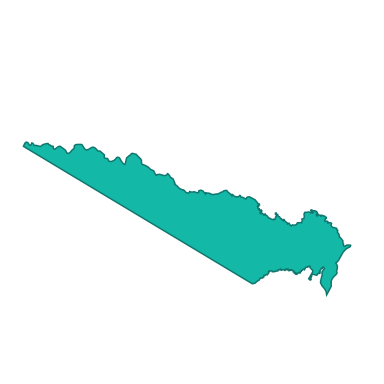 Alenquer, Pará, Brazil (orthographic projection), rotated 301°
{"feature_id": "56859067B11405139062932", "entity_name": "Alenquer", "entity_type": "district", "adm_level": 2, "iso_a3": "BRA", "parent_name": "Brazil", "parent_adm1": "Pará", "projection": "orthographic", "projection_center": [-54.835, -0.309], "detail": "fine", "context": "isolated", "style": "filled", "palette": "teal", "viewbox_px": 384, "rotation_deg": 301, "n_neighbors": 0, "source": "geoboundaries", "source_scale": "gbopen_adm2", "svg_char_len": 6114}
<svg xmlns="http://www.w3.org/2000/svg" viewBox="0 0 384 384"><g transform="rotate(301 192 192)"><path d="M194.2,130.3L194.0,129.6L194.6,128.5L194.7,127.4L195.6,124.8L194.4,120.9L193.6,120.3L191.9,120.1L191.2,119.6L187.5,118.4L181.6,120.3L181.1,120.2L180.8,119.7L181.0,118.0L181.8,116.0L183.5,113.0L183.9,112.0L183.8,110.9L183.3,110.1L182.7,109.7L180.7,109.5L178.6,108.7L176.6,107.2L175.7,105.2L175.7,104.8L177.2,102.3L176.2,100.3L176.2,99.4L176.4,99.0L178.6,97.9L178.9,96.8L179.7,92.0L178.6,90.1L179.3,88.6L179.8,86.2L179.7,84.7L179.2,83.7L178.1,82.8L175.6,81.6L173.7,80.1L173.6,77.9L175.9,73.3L175.8,72.7L174.1,69.8L172.5,67.7L170.8,67.4L168.6,68.5L166.3,67.6L163.0,67.1L161.5,66.3L161.0,64.7L162.7,61.9L163.3,55.5L162.4,54.3L161.8,53.9L158.1,52.4L157.7,51.5L158.0,50.7L159.1,50.0L159.7,49.4L159.1,48.3L159.0,47.5L159.2,46.4L158.8,45.2L159.4,43.6L158.4,42.2L155.9,39.8L153.4,38.9L152.9,38.4L152.0,35.3L151.5,33.9L150.8,33.3L150.7,32.5L151.4,31.6L151.8,30.2L151.5,29.4L149.6,29.7L148.8,29.5L148.5,28.4L149.8,25.8L149.5,24.4L149.0,24.0L147.5,23.6L144.3,24.0L144.4,290.9L145.8,292.6L146.5,293.0L149.9,294.2L151.2,295.0L153.0,294.8L153.7,295.5L154.0,295.4L154.3,296.4L154.8,296.4L155.0,296.9L155.4,296.8L155.9,297.3L157.6,296.6L158.0,297.2L157.8,297.4L158.1,297.7L159.6,298.0L159.7,299.2L161.6,299.5L162.3,299.1L162.6,299.3L163.2,298.6L164.0,299.1L164.1,299.6L164.4,299.7L164.5,299.4L165.2,300.4L165.4,301.3L165.0,301.9L165.7,302.5L165.5,303.7L165.7,303.2L166.6,303.7L166.8,304.0L166.7,304.3L167.7,305.0L168.4,306.0L168.7,305.5L169.1,305.5L169.8,306.4L170.2,306.4L171.1,307.6L170.6,307.8L170.9,308.4L171.4,308.2L171.1,308.8L171.5,308.9L171.8,309.8L172.6,310.4L173.1,311.2L172.5,311.7L172.6,312.1L174.4,312.2L174.6,312.6L174.2,313.4L175.0,313.7L174.5,314.0L175.2,314.6L174.4,315.5L174.8,316.0L175.1,315.5L175.4,315.7L175.7,316.6L176.0,316.3L176.4,317.2L176.3,317.6L176.6,317.6L176.8,318.7L176.4,319.3L175.7,319.1L176.4,319.7L175.7,320.0L175.9,320.5L176.3,320.5L176.2,320.8L175.2,321.3L175.4,321.8L175.9,321.7L176.2,322.1L175.2,322.6L175.4,323.0L175.9,323.0L175.8,323.3L175.0,323.4L175.4,324.3L176.2,324.5L176.8,324.2L177.1,324.8L178.0,325.0L178.3,325.6L178.0,326.0L178.2,326.4L178.5,326.5L179.2,325.9L180.2,326.6L181.3,326.1L181.6,326.8L183.2,327.1L183.2,328.4L184.1,328.3L184.6,328.5L185.5,328.1L186.3,328.5L186.9,329.5L187.6,329.4L188.0,329.9L188.0,330.7L188.3,331.0L188.6,330.7L189.0,330.9L189.2,331.2L187.7,332.8L187.0,335.7L186.5,336.3L185.4,336.6L177.7,336.7L177.5,337.5L178.2,337.8L177.4,338.3L177.4,338.7L178.2,339.2L178.9,338.0L179.4,338.3L179.6,338.0L180.2,338.1L180.6,337.8L181.3,338.0L182.8,337.2L183.1,337.2L183.8,338.2L184.9,341.9L187.1,342.0L188.0,343.4L188.4,343.6L188.7,343.5L188.8,342.5L189.1,342.3L190.0,342.7L190.5,342.0L191.8,342.4L193.1,342.2L193.5,343.1L195.1,342.8L195.3,343.6L194.7,345.0L190.5,344.6L189.6,345.0L189.2,345.6L187.8,346.3L182.2,348.0L180.4,348.9L178.7,351.5L177.0,356.2L176.3,357.4L175.8,358.2L173.1,360.4L173.8,360.4L182.8,359.9L187.2,357.3L188.8,356.9L191.9,357.0L196.0,358.1L197.3,358.0L198.8,356.6L201.0,356.0L203.1,355.0L203.9,354.1L205.3,351.8L207.2,352.6L208.8,352.8L218.2,352.5L222.8,353.5L226.6,355.8L228.0,355.5L227.9,354.8L226.2,352.0L224.1,350.9L223.8,350.2L224.3,349.4L225.5,348.6L226.1,347.4L227.5,346.8L227.9,346.4L229.2,343.0L229.5,341.9L229.3,341.5L231.2,340.1L232.0,338.6L231.8,338.3L232.1,337.8L232.9,337.0L234.1,336.8L234.4,335.4L235.2,334.9L235.3,334.2L234.9,333.6L235.0,332.7L234.1,331.1L234.4,329.2L235.3,328.2L236.8,327.9L237.1,327.1L236.1,324.9L235.3,324.5L235.8,323.9L236.6,323.7L236.7,323.4L236.4,322.4L235.3,321.1L235.8,320.5L236.6,320.2L238.9,320.7L239.5,320.0L239.2,319.0L239.7,318.1L239.3,317.5L239.0,315.3L237.7,315.1L237.7,314.7L238.2,314.2L237.7,312.5L236.9,311.7L235.8,311.7L236.3,310.5L236.7,310.3L237.3,310.8L238.1,311.0L238.3,309.9L239.0,309.9L239.1,309.7L239.1,308.8L239.4,308.6L238.9,307.9L239.3,307.1L238.2,305.2L238.1,304.6L238.4,304.0L238.1,303.4L237.4,303.2L236.9,303.7L237.1,305.7L236.7,306.5L236.3,306.4L235.9,306.0L235.9,305.0L235.1,304.4L235.3,303.1L235.0,302.4L232.5,299.1L232.1,299.5L230.8,299.3L229.0,300.8L226.8,301.6L225.3,300.1L224.7,301.0L222.1,301.8L221.4,300.3L220.3,299.2L220.3,298.6L220.0,298.3L219.2,298.1L218.7,298.4L218.3,298.4L217.0,297.7L216.0,296.3L215.5,294.9L214.2,294.7L214.0,294.1L214.0,293.2L214.6,292.7L215.2,291.1L213.8,290.4L214.6,289.6L214.7,287.5L215.0,286.4L215.8,285.3L215.7,284.9L215.2,284.8L214.4,285.0L214.3,284.2L215.2,282.5L214.8,281.7L215.8,279.8L215.6,278.4L215.9,277.9L216.9,277.1L216.3,275.9L217.4,275.1L217.3,274.7L216.7,274.4L215.8,275.1L215.8,276.0L214.6,276.9L213.7,276.5L211.5,277.3L211.2,277.2L210.9,276.3L210.6,276.5L210.2,276.2L210.2,275.7L209.6,274.5L209.6,271.8L209.1,271.2L210.2,268.9L210.4,266.8L210.9,265.9L210.5,265.8L209.7,266.1L209.1,265.5L209.7,264.9L209.9,263.1L209.7,262.8L208.8,262.6L208.8,261.9L209.2,260.9L211.1,261.9L211.8,261.6L212.3,260.6L211.9,260.0L210.9,260.1L211.0,259.2L211.1,258.8L211.5,259.0L212.3,258.3L211.9,257.8L211.8,257.2L212.5,256.4L213.0,256.5L213.2,256.2L213.5,255.4L213.9,255.5L214.0,256.5L215.0,256.2L215.7,256.6L216.3,256.0L216.4,255.3L215.8,254.7L216.6,253.4L217.8,250.0L217.5,244.0L216.8,242.7L216.1,242.1L215.4,241.8L214.2,242.0L213.7,241.7L213.6,238.4L212.8,236.5L213.7,235.6L213.8,234.8L212.0,234.3L211.0,233.3L210.2,230.6L210.7,227.9L210.5,227.6L209.3,228.1L210.0,226.3L210.5,222.6L211.1,221.5L211.0,220.4L209.5,218.7L207.4,217.9L206.6,216.8L205.8,216.6L203.9,215.3L200.5,211.1L200.1,210.2L199.9,207.5L198.9,205.6L198.5,204.1L198.1,204.1L197.4,204.7L197.1,204.7L198.5,200.8L198.2,198.8L196.8,197.3L196.1,197.2L195.2,197.9L194.6,197.9L194.0,196.9L193.3,193.6L191.8,192.1L191.2,189.7L189.8,189.9L189.2,189.7L188.5,187.1L189.4,184.2L189.3,183.2L188.8,182.6L188.6,179.1L189.4,176.6L189.9,172.9L190.8,172.9L191.2,171.9L191.9,171.3L193.5,168.9L193.6,165.6L194.5,164.3L195.2,162.1L195.1,161.5L193.7,161.6L192.6,160.9L191.7,159.6L190.5,155.2L189.1,153.3L187.9,152.8L188.5,151.2L190.5,148.1L190.0,144.9L190.8,141.8L190.7,138.3L190.1,135.2L190.4,134.3L191.0,133.7L193.2,132.3L194.2,130.3Z" fill="#14b8a6" stroke="#0f766e" stroke-width="1.5"/></g></svg>